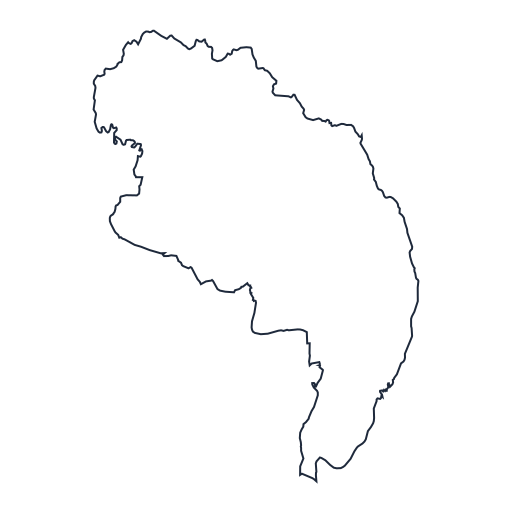 Tebo, Jambi, Indonesia
{"feature_id": "22746128B61304276790881", "entity_name": "Tebo", "entity_type": "district", "adm_level": 2, "iso_a3": "IDN", "parent_name": "Indonesia", "parent_adm1": "Jambi", "projection": "equal_earth", "projection_center": [102.337, -1.395], "detail": "fine", "context": "isolated", "style": "outline", "palette": "slate", "viewbox_px": 512, "rotation_deg": 0, "n_neighbors": 0, "source": "geoboundaries", "source_scale": "gbopen_adm2", "svg_char_len": 5991}
<svg xmlns="http://www.w3.org/2000/svg" viewBox="0 0 512 512"><path d="M414.7,268.2L413.9,267.3L412.0,263.4L410.1,256.7L409.6,252.5L410.1,251.1L412.0,248.9L412.2,246.7L407.4,232.8L407.0,229.0L404.6,221.8L403.9,217.8L402.2,215.3L399.5,213.1L399.8,208.5L398.3,206.9L397.8,204.0L396.4,201.7L393.0,198.3L390.7,197.0L389.4,196.9L386.8,197.7L385.5,197.5L384.2,196.0L382.9,192.2L382.0,190.8L380.8,189.9L379.1,189.5L378.0,188.6L376.8,185.8L375.8,181.9L374.0,179.5L374.2,178.1L372.8,173.4L373.4,168.6L373.0,167.0L372.2,165.7L370.4,164.1L369.9,161.3L368.6,159.1L367.2,154.7L360.6,143.7L360.4,142.9L361.8,139.9L362.0,138.8L361.7,135.3L360.8,137.0L359.1,136.4L357.8,134.2L355.4,131.6L354.1,128.0L353.1,126.3L351.1,124.9L346.5,125.0L343.6,124.0L341.3,123.9L336.4,125.8L334.9,125.2L332.2,126.1L331.4,125.4L331.1,122.9L329.5,123.1L329.2,121.0L328.7,120.3L327.3,119.8L326.5,120.3L325.6,121.6L324.4,121.0L322.2,120.9L321.2,119.6L318.8,118.4L313.1,120.1L307.4,118.5L305.6,117.2L303.2,113.2L304.1,109.9L303.6,108.7L301.7,106.6L299.9,103.2L297.0,99.9L294.6,94.8L293.4,94.7L291.9,96.7L290.9,97.4L288.5,96.3L275.2,95.3L272.8,92.7L272.5,91.6L273.4,88.5L272.9,86.2L274.0,84.3L276.1,83.6L276.4,80.8L272.2,77.2L269.8,73.3L267.2,70.8L264.8,70.2L263.5,68.3L262.8,68.0L258.2,68.7L257.0,67.7L256.4,66.6L255.8,60.9L253.8,57.6L252.5,54.5L251.7,49.0L250.7,47.6L246.4,47.2L240.5,47.8L237.9,49.8L236.5,50.2L233.7,49.4L233.1,49.8L232.2,51.1L231.7,53.7L230.1,54.7L228.9,53.8L227.7,53.6L225.8,56.9L222.4,59.7L221.5,60.3L217.3,61.2L213.0,59.3L212.2,58.6L211.9,53.8L212.5,50.3L212.1,47.9L211.1,46.9L208.8,46.8L207.7,46.1L206.6,43.6L205.4,42.5L205.2,40.6L204.8,39.5L204.1,39.6L201.6,41.7L199.2,41.4L197.5,40.0L196.5,39.8L195.8,41.1L194.6,45.8L191.0,48.5L189.3,49.2L188.0,48.6L185.7,46.2L183.5,45.1L180.9,42.4L174.3,38.5L171.6,35.5L170.2,35.7L166.9,38.8L161.3,35.9L153.9,30.7L152.7,30.8L151.3,31.9L149.5,32.2L148.2,31.6L146.1,31.5L144.2,32.6L142.8,34.0L141.2,37.0L140.9,38.8L138.1,44.3L136.5,41.7L134.2,40.2L132.5,41.1L131.7,43.0L130.7,43.9L128.5,42.9L128.1,42.3L125.9,44.9L123.1,49.8L123.8,53.8L123.5,55.4L122.4,56.9L122.1,60.4L121.3,62.1L119.4,62.3L118.3,63.2L117.5,64.0L117.6,64.4L116.3,66.6L113.8,68.2L110.1,69.2L105.8,68.6L104.6,70.0L104.3,71.6L104.6,73.8L104.2,74.7L100.2,76.3L97.5,75.6L94.2,80.3L93.8,81.8L93.8,83.7L95.2,85.9L95.5,87.8L93.8,97.2L93.9,98.6L94.9,100.3L93.6,109.5L95.8,113.2L96.0,114.6L94.7,121.8L96.6,128.4L97.8,130.5L98.6,131.8L99.9,132.6L101.4,132.4L101.9,131.0L101.4,128.0L102.6,127.0L103.4,127.0L104.0,127.3L106.1,131.2L107.7,132.5L108.6,132.1L110.1,129.3L110.9,125.0L111.4,124.3L112.2,124.6L113.0,127.6L113.8,128.2L116.2,127.5L116.7,128.4L116.7,130.1L114.2,132.9L114.0,142.5L114.7,143.7L115.5,144.0L116.4,143.5L116.8,141.4L115.3,139.9L115.0,138.5L115.3,137.2L116.0,136.7L120.5,139.7L122.6,144.3L123.7,144.8L125.1,144.3L126.0,140.7L126.6,140.0L130.3,139.7L130.8,140.2L133.0,140.3L134.3,141.2L134.9,142.2L134.9,143.1L132.0,145.5L131.5,146.3L131.8,147.0L134.1,147.5L135.2,146.6L137.3,143.7L140.3,144.0L140.8,144.2L141.0,145.2L139.3,150.4L139.9,150.7L140.9,149.4L141.6,149.2L142.4,151.1L142.1,153.6L140.8,156.3L140.3,156.7L137.9,156.1L137.6,160.2L135.6,166.4L133.7,169.6L134.4,174.5L135.8,176.4L136.0,177.2L142.3,177.2L140.6,184.8L139.2,186.2L139.5,189.5L139.1,193.6L136.9,195.4L126.2,195.2L120.8,196.6L120.2,198.0L120.2,201.8L117.5,205.0L116.2,205.4L115.6,206.4L115.4,208.9L114.6,211.9L112.7,214.5L112.3,214.3L112.6,214.5L110.7,215.8L110.1,216.9L109.8,218.0L109.9,221.2L111.0,224.1L114.7,231.3L115.5,232.5L118.2,234.9L119.3,237.7L120.8,237.2L122.5,238.7L124.5,239.3L134.7,244.9L140.9,246.7L149.7,250.1L160.7,253.3L164.5,253.1L162.8,254.6L164.0,256.1L168.3,256.0L171.1,255.3L176.4,255.9L178.2,260.0L178.2,260.8L181.0,262.7L182.0,265.2L183.2,266.1L188.5,268.3L190.6,267.1L191.6,267.8L197.6,279.3L199.8,281.8L200.9,284.2L206.0,281.4L211.2,280.6L212.0,280.0L213.1,281.1L217.5,289.1L220.0,290.6L225.3,291.7L234.0,292.3L235.1,290.2L238.8,289.2L240.9,287.9L241.4,286.8L242.8,286.7L247.3,283.2L248.5,285.3L250.2,285.5L250.1,286.4L250.9,287.0L251.3,287.8L250.4,288.2L249.9,290.0L250.4,291.9L250.3,292.8L251.4,293.1L251.0,294.2L253.3,297.9L252.9,299.9L253.5,300.0L253.8,300.9L254.4,300.6L255.6,300.9L256.0,302.8L254.4,312.9L252.0,321.3L251.6,327.4L252.0,329.6L252.9,331.6L254.8,332.9L260.8,334.2L267.8,333.7L278.4,330.7L281.1,330.3L283.6,330.9L287.1,329.8L288.8,330.3L297.6,329.4L300.2,329.5L303.0,330.2L306.8,332.1L307.2,343.4L309.7,343.3L309.5,353.5L309.9,355.7L309.1,361.5L309.7,365.4L311.7,363.5L319.3,362.1L319.8,363.7L319.7,365.3L319.3,365.4L320.0,365.6L319.6,367.3L322.8,369.8L322.9,370.4L320.7,378.7L317.6,382.9L315.9,386.6L315.3,386.6L314.8,383.9L314.0,383.0L312.2,383.1L312.3,384.5L313.8,387.5L317.1,390.9L317.8,392.5L317.8,395.3L314.0,407.0L311.5,411.2L308.9,417.4L308.7,418.7L305.9,422.2L303.5,424.1L303.3,426.7L301.7,429.3L300.2,432.7L299.8,438.1L300.8,442.1L301.1,445.3L300.8,446.5L301.1,447.8L301.1,450.8L303.4,458.5L300.2,466.3L300.1,474.9L301.9,473.7L312.3,478.1L313.8,479.0L316.4,481.3L315.9,475.2L316.0,472.7L316.4,471.9L315.8,463.4L316.5,461.4L319.9,457.5L321.5,458.0L325.4,460.3L330.1,464.9L333.8,467.7L336.7,468.3L340.8,468.1L343.0,467.0L344.8,465.7L350.6,458.8L354.4,451.3L356.8,447.7L357.9,446.5L362.5,443.5L364.5,441.5L365.8,439.3L367.9,431.1L370.9,427.1L373.1,423.3L373.8,421.1L374.1,418.0L373.8,408.5L376.6,401.1L376.6,399.5L377.5,398.4L380.2,398.9L381.0,398.0L381.4,395.9L382.5,396.9L382.0,394.6L380.0,391.8L380.1,390.8L382.2,390.4L383.1,391.4L384.0,389.9L385.0,391.0L385.8,389.8L386.3,390.8L386.7,390.8L386.8,389.3L388.3,387.3L387.8,384.4L388.2,383.3L388.9,383.3L388.8,384.9L389.7,385.2L390.1,386.7L392.4,384.3L393.1,382.4L392.8,379.9L393.9,379.1L394.2,377.9L396.9,374.3L401.0,363.4L403.5,361.5L404.5,359.8L405.0,357.6L404.9,353.8L411.9,336.8L412.1,335.9L411.6,328.1L411.1,326.3L411.1,318.9L411.9,316.4L414.4,311.7L417.8,301.2L417.7,287.6L418.4,281.0L417.8,279.7L416.6,278.9L416.0,277.8L415.2,273.1L414.5,271.6L414.3,269.4L414.7,268.2Z" fill="none" stroke="#1e293b" stroke-width="2"/></svg>